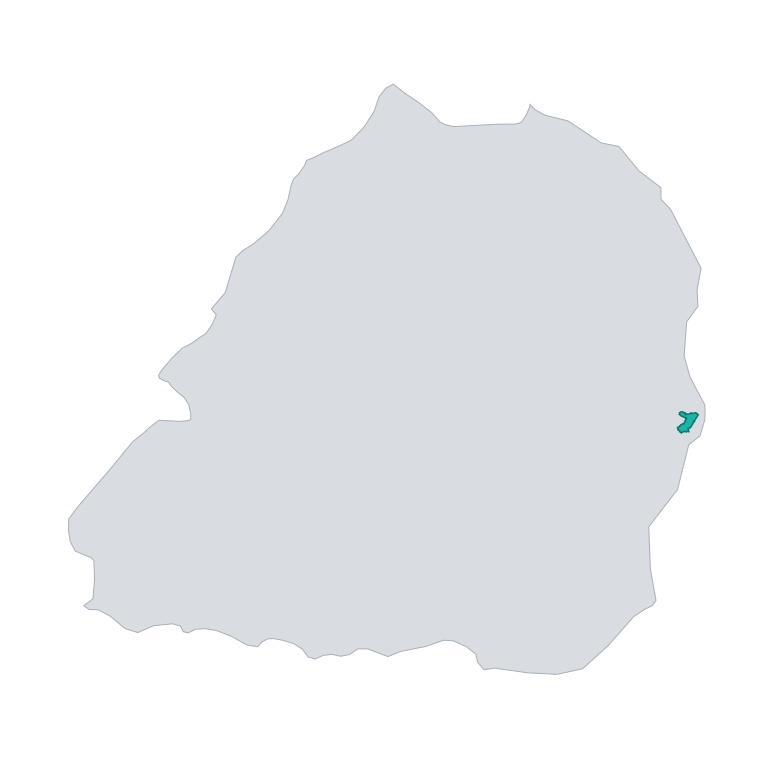 Municipality G, Montevideo, Uruguay shown in context, rotated 267°
{"feature_id": "84410073B78060489397838", "entity_name": "Municipality G", "entity_type": "district", "adm_level": 2, "iso_a3": "URY", "parent_name": "Uruguay", "parent_adm1": "Montevideo", "projection": "mercator", "projection_center": [-56.252, -34.779], "detail": "fine", "context": "in_parent", "style": "filled", "palette": "teal", "viewbox_px": 768, "rotation_deg": 267, "n_neighbors": 0, "source": "geoboundaries", "source_scale": "gbopen_adm2", "svg_char_len": 5315}
<svg xmlns="http://www.w3.org/2000/svg" viewBox="0 0 768 768"><g transform="rotate(267 384 384)"><path d="M655.5,544.4L649.9,549.4L644.0,558.9L637.0,581.7L613.5,613.3L608.8,631.1L583.4,649.8L565.6,670.8L554.0,670.3L543.5,679.3L483.0,706.7L461.3,701.5L445.2,701.6L430.3,689.5L396.2,685.2L374.9,690.0L346.2,703.3L337.5,703.1L331.3,702.4L315.8,696.9L307.3,685.1L263.2,671.6L227.6,640.9L185.7,640.3L153.5,644.3L148.6,640.3L145.3,632.4L138.6,621.1L111.0,594.2L89.2,567.4L85.0,541.3L88.0,512.8L94.5,479.3L93.4,468.8L101.4,462.9L109.3,461.7L117.0,453.0L123.9,439.9L125.0,430.1L119.7,411.8L116.0,386.3L111.6,373.6L120.4,353.6L120.8,343.9L115.7,335.4L114.4,326.7L116.7,317.7L116.2,309.1L113.0,300.8L115.4,293.9L123.5,288.5L129.5,280.2L133.5,269.1L135.5,260.6L135.6,254.7L133.2,249.2L128.2,244.0L130.5,233.6L140.1,218.2L146.3,204.5L149.1,192.5L148.9,182.9L145.7,175.5L147.1,170.6L153.0,168.0L155.6,160.2L154.7,141.0L148.6,125.2L153.3,112.7L166.6,98.2L173.6,86.6L174.2,77.7L178.3,72.6L184.7,82.1L203.7,84.7L222.7,85.0L225.8,82.6L233.3,66.9L243.2,62.4L253.9,61.3L265.7,62.1L278.2,72.5L313.6,106.4L339.6,130.1L347.5,141.3L354.4,149.6L359.6,157.4L357.4,177.7L357.7,186.6L358.9,189.2L364.8,189.4L373.7,188.0L381.1,183.6L386.9,177.1L392.5,171.8L397.1,168.9L398.8,164.6L401.4,160.2L404.1,159.2L409.3,162.5L421.4,174.1L430.8,184.9L433.1,191.0L436.8,197.4L440.6,203.0L443.4,208.5L452.5,215.6L461.8,220.1L468.0,215.5L483.7,230.3L518.4,242.7L524.8,250.2L530.8,260.9L543.0,277.0L559.8,291.6L573.3,297.8L586.3,301.3L593.5,304.5L598.5,310.1L606.4,316.1L611.4,318.4L613.1,323.8L618.2,335.6L623.6,350.6L629.4,364.5L642.1,377.8L656.3,388.2L671.1,394.1L679.5,401.5L683.0,409.0L673.1,420.3L662.3,434.5L652.7,445.7L642.8,453.5L639.6,458.9L637.4,467.3L637.5,511.7L636.7,528.2L637.4,532.6L638.8,535.6L645.0,540.0L652.4,543.7L655.5,544.4Z" fill="#d9dde1" stroke="#a8b0b8" stroke-width="1"/><path d="M319.5,678.4L319.7,678.6L319.9,678.8L320.0,678.8L320.1,679.0L320.2,679.4L320.3,679.8L320.4,680.1L320.5,680.2L320.5,680.4L320.6,680.7L320.6,680.9L320.7,681.0L320.8,681.2L320.9,681.3L320.9,681.5L321.0,681.8L321.0,682.0L320.9,682.2L320.7,682.5L320.4,682.8L320.3,683.3L320.4,683.5L320.5,684.0L320.8,684.5L320.8,685.1L320.7,685.3L320.6,685.6L320.4,685.9L320.8,686.0L323.6,685.3L323.5,686.0L324.4,687.5L324.8,687.6L324.6,687.9L329.0,690.9L329.7,690.7L330.1,691.8L330.3,692.1L330.8,691.6L331.4,692.1L331.5,692.3L331.4,692.4L335.3,695.2L336.4,696.0L336.6,696.1L336.6,695.9L336.8,695.9L337.0,695.7L337.3,695.6L337.5,695.5L337.7,695.1L337.8,694.9L338.2,694.9L338.5,694.7L338.5,694.3L338.6,694.2L338.8,693.9L339.0,693.6L338.9,693.3L338.8,693.2L338.9,692.8L338.9,692.3L338.8,692.2L338.6,692.1L338.6,691.9L338.6,691.7L338.4,691.4L338.4,691.2L338.4,690.9L338.5,690.7L338.6,690.2L338.8,689.9L338.7,689.9L338.5,689.7L338.9,689.3L338.9,689.1L338.8,688.9L338.7,688.9L338.5,688.6L338.5,688.3L338.6,688.1L338.6,687.8L338.6,687.7L338.2,687.4L338.0,687.1L338.0,686.8L337.9,686.3L337.9,686.0L338.0,685.7L338.2,685.1L338.4,684.8L338.3,684.6L338.3,684.4L338.0,684.2L337.8,684.0L337.6,683.7L337.9,683.7L337.9,683.4L338.0,683.3L338.3,683.3L338.4,683.5L338.6,683.5L338.8,683.4L338.9,683.2L339.1,683.2L339.2,683.3L339.4,683.3L339.5,683.1L339.5,682.8L339.4,682.6L339.3,682.3L339.7,682.3L339.7,682.1L339.8,681.8L340.2,681.6L340.3,681.4L340.3,681.2L340.3,680.8L340.6,680.4L340.6,680.2L340.7,679.7L340.6,679.0L340.2,678.7L340.0,678.4L340.0,678.2L339.9,678.1L339.8,677.9L339.9,677.7L339.7,677.5L339.4,677.6L339.1,677.7L338.8,677.8L338.7,677.8L338.4,677.8L338.1,677.8L337.9,677.8L337.9,677.7L337.8,677.8L337.7,677.9L337.7,678.0L337.6,678.3L337.4,678.4L337.3,678.5L337.2,678.5L336.9,678.7L336.8,678.8L336.7,678.9L336.6,679.0L336.4,679.2L336.5,679.3L336.4,679.4L336.4,679.5L336.3,679.9L336.2,679.9L336.1,680.0L336.0,680.4L335.9,680.4L335.8,680.5L335.7,680.6L335.6,680.9L335.5,681.1L335.5,681.3L335.4,681.4L335.3,681.5L335.2,681.8L335.1,682.0L335.0,682.3L334.9,682.4L334.8,682.5L334.7,682.6L334.8,682.6L334.8,682.8L334.9,683.0L334.7,683.1L334.7,683.3L334.6,683.5L334.5,683.8L334.3,683.8L334.1,683.9L334.0,684.0L333.9,684.1L333.7,684.1L333.8,684.2L333.8,684.3L333.5,684.3L333.4,684.4L333.2,684.2L333.1,683.9L332.9,683.7L332.7,683.5L332.4,683.4L332.3,683.2L332.2,683.2L331.9,683.0L331.7,682.9L331.5,683.0L331.4,682.9L331.3,682.7L331.2,682.6L331.0,682.4L330.9,682.4L330.7,682.2L330.4,682.2L330.1,682.2L330.0,682.3L329.9,682.3L329.9,682.2L329.7,682.1L329.4,681.9L329.2,681.8L328.9,681.5L328.7,681.3L328.7,681.2L328.6,680.9L328.7,680.5L328.8,680.4L328.7,680.2L328.4,680.0L328.2,680.1L328.2,679.9L328.2,679.7L328.0,679.4L328.0,679.1L328.0,678.9L327.9,678.8L327.9,678.6L327.7,678.4L327.7,678.2L327.3,678.0L327.2,678.0L327.2,677.9L327.0,677.7L327.0,677.4L326.9,677.4L326.7,677.4L326.4,677.3L326.2,677.3L326.2,677.2L326.1,676.9L326.0,676.7L325.8,676.4L325.5,676.2L325.5,675.9L325.4,676.0L325.3,675.9L325.2,675.8L325.2,675.7L324.9,675.7L324.7,675.6L324.7,675.4L324.7,675.2L324.6,675.3L324.4,675.4L324.4,675.5L324.2,675.4L324.2,675.2L323.9,675.1L323.7,675.2L323.3,675.1L323.1,675.1L322.9,675.1L322.6,675.4L322.6,675.5L322.5,675.8L322.4,675.9L322.3,676.1L322.2,676.3L321.8,676.6L321.7,676.7L321.6,676.9L321.3,676.7L321.2,676.6L320.9,676.6L320.7,677.1L320.4,677.4L320.4,677.5L320.3,677.8L320.1,677.9L319.8,678.2L319.7,678.3L319.5,678.4Z" fill="#14b8a6" stroke="#0f766e" stroke-width="1.5"/></g></svg>